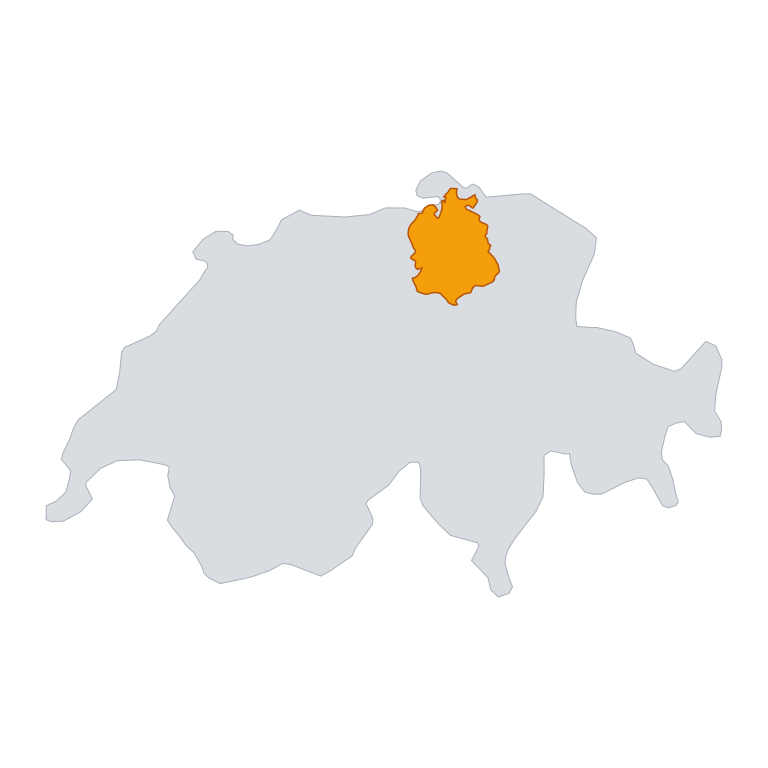 Zürich on a map of Switzerland (orthographic projection)
{"feature_id": "CHE-176", "entity_name": "Zürich", "entity_type": "Canton", "adm_level": 1, "iso_a3": "CHE", "parent_name": "Switzerland", "parent_adm1": "", "projection": "orthographic", "projection_center": [8.664, 47.43], "detail": "fine", "context": "in_parent", "style": "filled", "palette": "amber", "viewbox_px": 768, "rotation_deg": 0, "n_neighbors": 0, "source": "natural_earth", "source_scale": "10m", "svg_char_len": 4795}
<svg xmlns="http://www.w3.org/2000/svg" viewBox="0 0 768 768"><path d="M581.3,225.5L585.8,228.3L596.5,237.8L594.2,254.3L582.4,280.9L576.2,302.5L575.7,318.9L577.0,326.6L579.2,326.5L590.8,327.6L596.7,327.5L615.4,331.7L630.5,338.0L633.5,344.8L635.6,353.1L653.5,364.3L674.1,371.3L681.0,368.8L705.8,341.5L715.7,345.8L721.9,359.8L721.8,367.4L715.5,396.0L714.6,411.3L720.9,421.3L721.7,429.1L720.1,436.4L709.9,437.2L696.2,433.6L684.4,421.6L675.7,423.2L668.2,426.5L664.5,438.2L661.3,452.2L662.5,459.9L668.1,465.7L672.5,478.3L675.9,494.6L678.3,502.1L675.8,505.5L668.6,507.9L662.6,505.8L651.8,486.4L646.8,479.0L638.5,477.8L624.0,482.8L601.7,494.1L592.6,494.1L584.9,492.0L577.6,482.8L571.3,464.9L569.3,453.6L565.0,454.0L550.7,450.9L544.0,455.4L544.1,473.8L543.0,496.7L535.9,511.5L515.9,537.2L508.6,548.4L505.7,556.4L505.1,563.3L508.2,575.4L512.5,586.8L509.0,593.4L498.4,596.9L490.8,589.9L487.9,577.5L471.5,560.6L478.9,546.4L477.6,542.8L450.8,535.5L439.2,524.8L423.1,505.9L420.1,497.8L420.8,471.6L419.9,465.2L417.8,462.1L409.9,462.3L399.0,471.3L388.9,484.9L368.2,500.1L366.0,503.4L372.9,518.4L372.5,524.3L355.5,548.0L352.2,555.8L330.7,570.6L320.8,576.1L291.2,564.7L283.0,563.3L269.7,570.5L250.7,577.2L220.3,583.6L209.3,578.3L204.1,573.3L201.6,566.1L194.3,553.1L185.9,545.4L180.1,537.0L172.4,527.8L167.4,520.1L174.8,496.2L170.0,487.6L167.8,475.5L169.3,467.3L166.6,465.2L139.6,459.8L117.1,460.7L100.7,468.3L87.2,481.2L85.5,484.1L86.2,486.5L92.4,499.0L80.9,511.6L63.5,521.1L51.3,521.7L46.1,519.6L46.3,505.7L56.5,500.9L65.8,492.2L69.3,479.6L70.7,470.6L61.5,459.5L62.9,452.9L69.2,440.5L73.0,429.5L77.9,420.0L97.1,404.8L116.3,389.5L119.6,372.8L121.6,352.4L124.4,347.5L149.9,336.0L156.3,331.3L159.6,324.4L179.9,301.9L200.0,279.6L204.1,272.1L207.4,267.7L207.5,264.0L205.1,261.1L195.9,259.0L192.9,251.7L203.3,239.0L216.0,231.3L228.2,231.5L233.1,235.2L232.7,239.5L237.9,244.2L247.2,245.9L258.6,244.5L270.1,239.8L277.3,228.4L281.5,219.8L299.4,210.1L311.5,215.3L345.3,217.0L370.0,214.5L385.5,207.9L404.6,208.0L417.4,211.8L419.7,211.3L423.2,210.4L426.7,206.8L438.8,204.3L440.4,201.3L439.9,198.2L437.7,196.6L422.9,198.2L417.2,195.8L415.8,190.3L420.6,180.8L431.5,173.0L440.7,171.1L447.4,173.2L463.7,187.7L467.6,188.1L469.8,185.5L473.2,184.1L478.8,186.9L485.1,195.8L486.2,197.2L522.5,193.9L530.6,193.9L555.4,209.4L581.3,225.5Z" fill="#d9dde1" stroke="#a8b0b8" stroke-width="1"/><path d="M445.0,202.5L445.8,197.3L444.5,197.1L443.8,196.9L445.9,194.1L448.4,191.7L449.4,189.8L450.6,188.5L457.0,188.7L456.5,192.0L456.8,195.5L457.4,196.7L458.3,198.2L459.3,198.8L460.6,199.3L466.7,199.5L467.6,199.1L468.2,198.7L468.9,198.0L469.3,197.7L469.7,197.6L470.3,197.6L470.9,197.4L471.5,197.0L472.2,196.2L472.5,195.9L475.0,194.8L475.5,197.7L477.2,199.7L477.4,200.6L477.2,201.7L476.6,202.6L475.5,204.8L474.2,206.2L473.3,207.9L472.8,207.9L472.2,207.8L471.5,207.3L470.7,206.5L468.6,205.4L467.5,205.2L466.5,205.6L465.6,206.3L465.3,206.8L465.3,207.3L465.8,208.1L467.1,209.7L468.9,210.3L478.3,214.9L479.1,215.8L480.0,217.0L479.7,217.3L479.0,218.8L479.6,220.8L480.4,221.8L481.9,222.6L486.3,224.4L487.4,225.3L487.7,226.0L487.7,226.6L486.8,231.2L486.8,231.8L486.8,232.2L486.9,232.5L486.9,233.2L486.7,233.7L486.4,234.1L485.7,234.6L485.5,234.8L485.3,235.2L485.3,235.9L485.6,237.2L486.0,237.8L487.4,238.7L488.1,243.2L489.6,244.7L490.8,245.3L490.8,245.6L489.9,246.7L489.7,248.2L489.5,249.2L489.1,249.9L488.0,251.4L494.0,257.7L494.6,258.6L498.1,265.0L499.0,269.7L499.5,271.4L499.0,272.2L498.1,273.3L496.2,275.0L495.1,276.5L494.3,277.9L494.4,279.7L493.7,280.7L492.3,282.0L483.6,286.1L481.6,286.2L475.5,285.4L472.8,287.6L470.7,292.6L464.3,293.9L458.5,297.7L457.0,299.0L456.2,300.0L455.9,300.7L455.8,301.3L455.8,301.9L456.0,302.3L456.8,303.5L457.1,304.7L453.8,305.2L449.4,303.2L448.3,302.4L447.7,301.5L447.3,300.6L445.6,298.6L443.1,296.4L440.3,293.3L434.5,292.4L430.3,293.2L427.5,294.2L426.0,294.2L424.2,293.9L418.3,291.9L417.3,291.3L416.9,290.4L416.7,289.4L416.1,287.1L412.7,280.0L412.4,278.2L412.8,278.1L413.3,278.1L413.6,278.1L414.6,277.7L417.2,276.1L420.0,272.5L421.3,270.1L421.8,268.0L417.4,269.4L415.6,267.5L415.3,266.7L415.2,266.0L415.2,265.2L415.5,262.9L415.6,261.5L414.9,260.7L412.0,259.2L411.2,258.5L410.7,258.0L411.0,256.8L415.0,252.8L415.6,251.0L415.2,250.2L413.2,247.5L412.1,244.1L408.9,237.1L408.1,234.1L408.2,231.9L409.0,227.7L411.4,223.7L414.7,220.5L418.1,215.0L418.3,213.7L422.4,213.0L422.6,211.9L424.3,208.2L428.9,205.2L433.3,204.8L435.6,206.9L437.3,209.9L437.6,210.3L434.4,213.3L434.3,214.9L434.9,215.3L435.9,216.3L436.4,216.9L436.8,217.5L437.2,218.0L437.7,218.2L438.2,218.2L439.4,216.5L441.3,211.4L441.2,210.7L441.9,209.5L442.0,207.9L442.0,206.4L442.2,204.9L442.1,204.1L441.7,203.3L441.5,202.3L441.8,201.0L442.4,200.6L443.2,200.3L443.8,200.3L443.9,200.6L444.0,202.0L445.0,202.5Z" fill="#f59e0b" stroke="#b45309" stroke-width="1.5"/></svg>